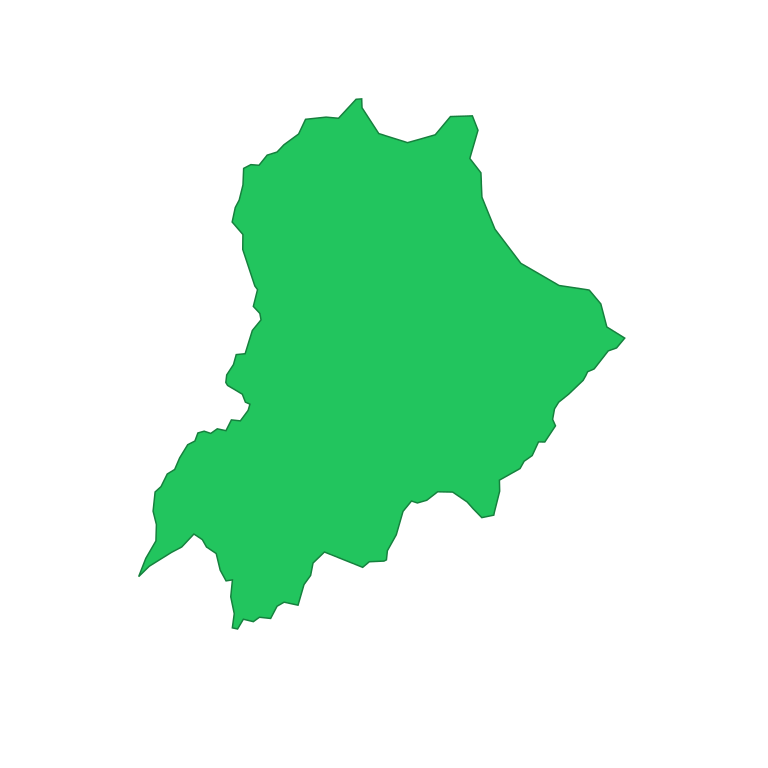 the district of Luquillo, Puerto Rico, rotated 21°
{"feature_id": "32010507B254490582873", "entity_name": "Luquillo", "entity_type": "district", "adm_level": 2, "iso_a3": "PRI", "parent_name": "Puerto Rico", "parent_adm1": "", "projection": "equal_earth", "projection_center": [-65.727, 18.339], "detail": "fine", "context": "isolated", "style": "filled", "palette": "green", "viewbox_px": 768, "rotation_deg": 21, "n_neighbors": 0, "source": "geoboundaries", "source_scale": "gbopen_adm2", "svg_char_len": 2018}
<svg xmlns="http://www.w3.org/2000/svg" viewBox="0 0 768 768"><g transform="rotate(21 384 384)"><path d="M592.3,254.9L571.6,250.9L557.7,231.5L543.1,223.4L541.9,222.8L539.7,223.2L512.1,229.3L500.5,227.4L468.5,222.3L432.1,199.7L427.6,194.9L419.5,186.3L416.7,183.3L416.5,183.0L416.4,183.0L408.5,174.5L407.6,172.5L402.6,161.0L402.5,160.6L398.8,152.1L393.9,149.1L383.3,142.7L382.7,135.9L381.7,123.9L380.8,113.4L370.4,102.0L364.3,104.6L360.2,106.3L350.2,110.5L342.5,133.0L329.9,142.5L319.4,150.3L316.3,150.4L310.3,150.8L304.0,151.2L296.1,151.7L293.3,151.8L289.4,152.1L264.5,134.0L262.3,128.9L261.0,125.8L255.9,128.2L246.3,152.2L234.3,155.6L215.9,165.0L214.7,181.2L204.8,196.6L201.0,205.8L192.9,212.2L188.9,224.6L181.1,226.9L175.7,233.0L181.0,248.7L182.9,264.2L181.9,272.5L184.2,287.2L198.7,295.0L203.9,309.0L228.3,338.8L232.1,341.2L234.2,358.4L242.8,362.6L246.2,368.2L241.9,381.2L243.5,405.5L235.5,409.5L236.5,419.8L233.9,431.9L235.8,439.3L238.5,441.4L255.4,444.3L261.1,450.6L266.1,450.9L266.6,457.3L263.1,469.9L254.4,472.2L253.2,484.2L244.4,485.6L240.0,492.2L233.0,492.5L227.8,496.4L227.9,505.0L222.5,511.0L219.7,526.2L219.2,538.8L213.9,545.7L212.6,559.7L209.0,566.8L214.0,585.5L221.9,596.8L227.3,612.2L224.1,632.1L224.0,651.7L230.2,638.2L245.9,617.4L253.6,608.6L260.3,592.2L270.2,594.4L276.7,599.8L288.1,602.4L297.8,616.5L307.1,624.4L312.7,621.2L317.2,637.6L326.5,652.1L329.8,666.0L335.1,665.2L337.0,654.0L347.2,652.7L351.3,646.4L362.2,643.5L363.8,629.8L368.9,623.5L383.0,621.3L381.2,599.9L384.1,589.0L381.9,576.6L388.6,562.2L429.8,562.8L434.0,555.2L447.5,549.3L449.3,547.3L446.9,538.4L449.5,520.4L447.4,496.1L451.6,483.4L457.8,483.1L465.6,477.2L472.7,465.4L486.8,460.3L503.8,464.3L511.9,468.5L523.2,473.7L533.5,467.1L533.0,464.2L530.4,442.6L526.2,432.4L541.3,414.2L542.5,405.9L548.0,397.7L549.0,382.7L554.9,380.5L559.1,361.6L554.1,356.6L552.1,346.1L553.6,338.4L560.1,327.2L568.6,309.2L569.4,304.0L569.7,299.6L574.8,294.6L581.5,272.7L588.2,267.0L592.3,254.9Z" fill="#22c55e" stroke="#15803d" stroke-width="1.5"/></g></svg>